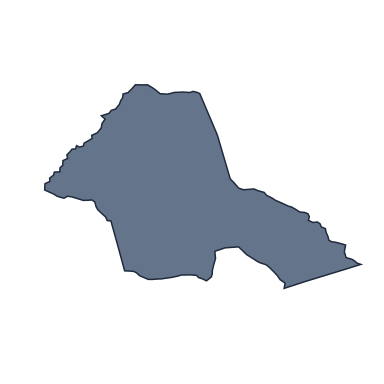 Boa Esperança, Paraná, Brazil (Robinson projection), rotated 253°
{"feature_id": "56859067B75116337237033", "entity_name": "Boa Esperança", "entity_type": "district", "adm_level": 2, "iso_a3": "BRA", "parent_name": "Brazil", "parent_adm1": "Paraná", "projection": "robinson", "projection_center": [-52.756, -24.263], "detail": "fine", "context": "isolated", "style": "filled", "palette": "slate", "viewbox_px": 384, "rotation_deg": 253, "n_neighbors": 0, "source": "geoboundaries", "source_scale": "gbopen_adm2", "svg_char_len": 2017}
<svg xmlns="http://www.w3.org/2000/svg" viewBox="0 0 384 384"><g transform="rotate(253 192 192)"><path d="M291.4,127.6L287.1,130.2L284.0,126.1L279.7,123.8L276.3,118.6L275.5,112.6L272.4,112.2L271.3,107.7L270.3,103.1L267.7,101.5L267.8,97.6L270.1,95.2L267.2,93.1L268.1,89.8L266.3,87.3L264.1,83.2L260.4,82.8L259.8,77.8L255.4,76.2L253.7,72.8L249.9,71.5L251.3,66.2L248.6,64.5L246.9,59.9L243.7,59.2L242.9,53.8L237.0,51.7L233.3,55.9L230.5,59.1L227.6,61.6L225.5,64.5L223.5,67.8L224.3,71.8L222.5,75.6L220.4,78.7L218.7,81.3L215.8,85.5L214.4,90.5L213.7,93.9L211.0,96.1L205.9,96.0L202.7,96.7L198.5,99.0L193.4,102.1L189.4,102.6L188.1,106.0L168.9,105.5L164.3,105.4L142.7,104.7L136.3,104.5L134.6,109.3L133.0,113.2L130.7,115.5L127.4,117.3L121.3,124.5L120.1,128.1L118.9,133.4L117.8,137.5L117.3,141.2L116.3,147.3L115.7,154.3L115.7,157.7L114.5,161.7L113.3,166.0L111.0,171.9L108.2,173.3L106.0,176.4L102.8,179.9L105.1,185.6L107.8,187.4L110.9,188.5L115.3,191.0L121.6,195.1L125.8,195.9L128.6,196.6L128.9,207.4L125.9,220.5L121.9,222.8L116.2,225.9L111.7,229.8L106.6,234.1L104.4,236.4L100.7,241.7L97.2,244.0L91.2,247.2L87.1,249.2L82.5,250.6L77.6,254.4L72.9,251.9L73.3,274.0L73.3,282.5L73.3,316.9L73.4,332.3L75.6,329.2L78.5,327.4L81.0,325.2L84.2,320.2L90.3,320.2L96.4,323.4L99.4,318.8L102.1,314.4L103.6,311.0L105.9,308.8L109.6,309.0L113.9,308.5L118.1,308.8L120.7,305.5L124.3,305.1L126.7,303.1L127.5,298.7L130.9,295.0L134.1,297.0L137.3,296.5L139.5,293.8L141.4,289.1L144.7,286.4L148.6,282.8L150.3,280.0L153.3,276.7L156.4,273.2L159.5,269.5L162.6,267.0L167.1,262.3L170.5,260.9L172.3,258.1L174.2,255.2L176.8,252.2L177.9,247.2L179.1,241.9L182.1,237.7L184.9,236.5L188.3,235.0L193.4,232.4L239.1,232.9L283.9,228.2L286.0,225.7L287.9,222.4L287.8,219.0L290.3,212.4L292.4,204.1L292.7,197.4L295.3,190.3L301.2,186.3L303.7,184.3L307.5,180.8L309.2,175.0L311.1,169.2L308.3,164.7L305.7,159.8L305.9,154.7L302.3,153.2L300.4,150.7L297.0,148.1L293.7,143.2L293.7,138.7L291.5,135.7L291.4,131.9L291.4,127.6Z" fill="#64748b" stroke="#1e293b" stroke-width="1.5"/></g></svg>